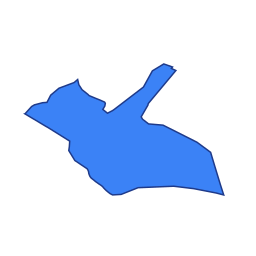 Frogn nor, Akershus, Norway (Natural Earth projection), rotated 188°
{"feature_id": "86288312B7520340450988", "entity_name": "Frogn nor", "entity_type": "district", "adm_level": 2, "iso_a3": "NOR", "parent_name": "Norway", "parent_adm1": "Akershus", "projection": "natural_earth1", "projection_center": [10.684, 59.665], "detail": "fine", "context": "isolated", "style": "filled", "palette": "blue", "viewbox_px": 256, "rotation_deg": 188, "n_neighbors": 0, "source": "geoboundaries", "source_scale": "gbopen_adm2", "svg_char_len": 1434}
<svg xmlns="http://www.w3.org/2000/svg" viewBox="0 0 256 256"><g transform="rotate(188 128 128)"><path d="M42.8,115.4L57.7,123.5L93.7,135.7L108.2,134.9L114.8,138.7L116.5,140.9L111.5,153.3L111.3,155.1L88.6,191.6L93.3,193.0L92.4,194.6L101.5,196.4L111.8,188.0L118.4,170.7L144.1,144.6L144.4,144.3L145.7,143.1L150.4,139.8L155.5,142.9L154.0,146.5L153.9,149.3L154.8,150.4L159.7,151.8L164.6,153.0L171.1,154.7L172.2,155.6L178.8,159.5L182.7,164.0L184.6,169.0L187.7,165.5L201.9,157.8L209.1,149.8L211.8,142.1L216.0,141.2L223.9,137.9L226.4,135.9L231.9,127.8L232.1,127.7L209.3,118.1L207.7,117.5L183.9,106.9L183.5,101.4L183.5,97.4L176.1,88.4L162.9,82.0L162.6,81.8L162.5,81.6L162.0,81.0L161.6,80.4L161.3,79.8L160.9,79.1L160.7,78.1L160.5,77.6L160.3,77.1L159.8,76.2L159.3,75.3L158.7,74.5L158.1,73.9L157.5,73.3L156.6,72.8L156.1,72.5L155.0,71.9L154.2,71.4L153.3,70.8L152.7,70.5L152.1,70.1L151.4,69.8L150.8,69.5L150.1,69.1L149.6,68.9L149.0,68.5L148.4,68.3L147.8,68.0L147.2,67.7L146.6,67.4L145.9,67.0L145.3,66.6L144.9,66.3L144.5,66.0L144.1,65.6L143.8,65.3L143.0,64.7L142.3,64.1L141.7,63.7L141.3,63.4L140.8,63.0L140.3,62.7L139.9,62.5L139.4,62.2L139.0,61.9L138.5,61.6L137.9,61.3L137.5,61.0L137.0,60.8L136.8,60.6L136.4,60.5L135.9,60.3L135.5,60.1L135.2,60.0L134.9,59.9L134.5,59.8L134.2,59.7L133.9,59.6L125.5,61.3L109.7,70.3L74.7,76.7L54.6,77.1L31.6,75.9L23.9,75.0L28.5,84.5L37.2,103.2L42.8,115.4Z" fill="#3b82f6" stroke="#1e3a8a" stroke-width="1.5"/></g></svg>